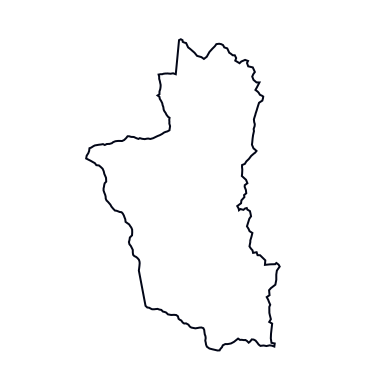 Paranhos, Mato Grosso do Sul, Brazil (Mercator projection), rotated 191°
{"feature_id": "56859067B31129416768882", "entity_name": "Paranhos", "entity_type": "district", "adm_level": 2, "iso_a3": "BRA", "parent_name": "Brazil", "parent_adm1": "Mato Grosso do Sul", "projection": "mercator", "projection_center": [-55.352, -23.726], "detail": "fine", "context": "isolated", "style": "outline", "palette": "ink", "viewbox_px": 384, "rotation_deg": 191, "n_neighbors": 0, "source": "geoboundaries", "source_scale": "gbopen_adm2", "svg_char_len": 4489}
<svg xmlns="http://www.w3.org/2000/svg" viewBox="0 0 384 384"><g transform="rotate(191 192 192)"><path d="M81.7,56.0L81.9,59.1L85.2,59.1L86.7,63.3L87.4,68.0L87.7,71.7L88.2,78.1L91.4,79.2L90.3,82.2L91.3,84.3L92.1,86.0L93.0,88.1L94.2,94.0L93.7,96.2L95.6,99.0L96.7,100.8L98.6,103.1L96.2,105.5L97.6,110.3L96.2,112.7L92.5,116.9L92.5,121.9L93.5,127.0L93.7,131.0L92.7,133.3L91.7,135.5L93.1,137.2L95.7,138.4L96.6,137.0L101.5,135.9L106.5,134.4L107.0,138.9L113.1,142.9L115.6,142.5L117.1,145.2L120.4,143.9L121.5,146.3L123.4,147.7L125.2,149.6L125.2,153.9L125.5,155.7L125.1,159.3L124.9,163.3L128.0,164.5L129.6,166.8L131.5,168.8L131.0,173.3L130.6,176.8L129.4,179.4L130.5,182.1L131.5,184.3L134.3,185.3L135.2,186.7L136.8,185.9L138.1,184.3L141.2,184.5L142.4,183.1L143.0,184.6L144.9,186.8L141.7,190.3L141.9,193.2L139.6,197.0L140.3,198.9L138.5,201.1L139.5,204.3L141.3,207.1L141.5,208.8L139.3,211.2L141.3,214.3L146.1,217.2L146.3,219.6L146.9,223.6L147.7,226.2L148.0,228.0L145.5,229.7L144.5,232.4L142.4,235.4L140.8,238.7L138.6,241.5L137.5,242.7L136.5,244.6L138.6,245.9L139.9,246.5L142.2,249.9L142.3,251.8L142.7,255.9L142.9,259.3L142.8,263.6L143.5,265.6L143.1,268.6L143.3,270.6L144.3,272.5L145.1,275.1L144.9,277.2L144.6,279.5L144.5,281.4L144.1,284.4L143.9,286.6L143.6,289.3L143.2,292.4L141.8,293.8L140.4,295.1L140.2,297.6L140.3,299.3L141.8,299.9L143.9,300.4L145.4,302.1L146.6,303.0L149.2,304.3L148.2,307.3L146.7,312.4L149.6,311.9L153.0,313.8L154.9,316.8L154.3,319.4L153.2,321.8L156.1,325.9L160.8,326.1L162.6,329.1L162.0,331.3L165.1,331.8L166.4,330.9L168.5,329.5L169.9,327.5L174.6,329.2L174.2,331.9L176.1,334.4L178.1,334.0L180.6,335.3L182.0,335.8L184.8,339.7L187.9,340.1L189.5,342.1L191.5,342.7L193.7,342.7L196.3,341.8L197.4,339.4L199.5,336.3L201.6,332.8L203.3,327.6L205.7,324.9L208.5,326.2L213.0,326.6L216.1,329.2L221.3,332.2L223.4,333.2L226.2,337.1L227.9,337.2L229.7,337.6L230.3,339.2L232.1,339.8L233.7,338.6L230.4,304.5L233.2,304.9L235.6,304.0L238.5,303.7L240.8,303.2L242.6,302.6L243.8,301.9L245.4,301.6L247.2,300.9L246.2,298.9L245.8,296.8L244.8,294.9L243.9,292.7L243.2,291.1L242.9,289.1L242.8,286.9L243.1,284.5L242.6,281.7L244.2,280.2L242.1,279.2L241.4,277.3L239.7,275.5L238.1,273.4L237.5,271.8L236.4,270.0L235.5,267.4L234.5,266.0L233.1,264.7L231.9,263.1L229.8,261.2L228.2,260.6L228.1,258.5L227.6,256.7L227.3,254.8L226.1,252.5L225.9,248.3L227.7,246.8L229.3,246.0L230.7,245.1L232.4,243.3L234.5,241.6L236.4,240.4L238.3,239.0L240.4,237.4L243.0,236.1L245.3,236.1L246.8,235.6L248.4,234.9L251.1,234.7L253.5,234.9L254.7,233.9L256.8,234.2L259.6,234.9L262.2,234.5L264.3,234.7L265.9,234.4L266.9,232.4L268.5,230.1L270.4,228.7L272.3,228.4L274.1,228.1L276.9,227.2L278.9,225.9L280.0,224.6L282.3,223.4L284.7,222.9L286.6,221.5L288.5,222.0L290.3,221.3L292.5,220.6L294.6,219.8L296.2,219.2L297.4,218.3L299.5,216.3L301.0,215.4L300.8,212.7L301.2,210.3L302.3,207.6L302.3,204.7L299.9,204.0L297.4,203.3L295.1,202.5L292.9,201.8L291.0,200.1L288.4,200.3L286.4,199.2L284.2,197.8L282.6,195.5L281.5,193.0L280.1,191.0L279.1,189.5L278.7,187.9L278.2,185.8L279.4,183.9L279.5,182.1L279.4,180.3L279.5,178.7L279.1,176.6L277.9,174.5L276.7,172.7L275.9,171.0L275.4,169.0L274.3,167.4L272.6,166.3L271.2,165.2L269.7,164.0L268.3,162.3L266.1,160.5L264.1,159.1L262.5,159.2L260.8,158.9L259.2,158.6L257.3,158.7L255.9,157.7L254.4,155.9L253.4,154.2L252.3,152.5L251.5,150.0L249.1,148.9L247.5,148.2L246.4,147.0L244.8,145.5L243.6,143.7L243.0,141.0L242.6,138.0L244.3,135.5L244.2,132.8L244.4,130.9L243.4,128.7L241.8,127.4L240.4,125.6L239.1,123.9L238.5,121.1L237.8,119.1L236.4,118.1L234.5,117.6L233.0,116.8L231.2,115.4L230.3,113.8L229.8,112.2L229.5,109.6L229.3,106.8L229.2,104.8L215.9,71.4L213.9,70.1L211.9,70.2L210.4,69.7L208.9,69.3L207.0,69.6L203.5,70.7L201.7,70.4L199.6,70.4L197.8,69.1L195.8,69.0L194.3,68.7L192.3,67.3L189.0,67.3L186.2,68.0L184.0,68.2L182.1,67.3L181.0,65.0L179.7,64.3L178.0,63.8L176.2,62.1L174.6,61.4L172.7,61.9L170.2,61.1L168.5,59.5L166.8,58.8L164.6,58.8L162.7,58.8L160.5,59.6L158.8,60.3L156.9,60.8L154.9,60.5L153.7,58.9L153.1,57.0L152.3,54.7L151.3,53.1L150.7,51.2L150.6,48.6L149.7,46.6L149.1,44.9L147.9,43.0L145.1,41.7L142.1,41.5L139.2,41.4L136.7,41.3L134.7,41.8L134.1,43.5L133.0,45.3L132.5,47.4L130.3,49.1L128.4,49.4L126.7,50.0L124.8,50.8L123.3,52.0L122.1,53.0L120.5,54.9L118.8,56.9L116.7,56.0L114.9,56.4L112.8,56.5L111.3,56.9L109.7,56.3L107.6,54.9L106.3,56.5L105.2,58.7L103.3,58.9L101.3,58.3L99.1,56.5L97.5,55.0L95.5,54.0L93.7,54.6L92.3,55.0L89.5,55.0L86.5,56.3L84.2,56.4L81.7,56.0Z" fill="none" stroke="#020617" stroke-width="2"/></g></svg>